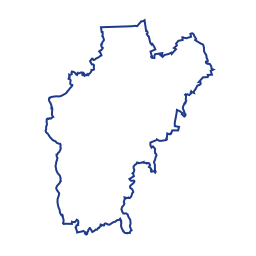 the district of Majagual, Sucre, Colombia, rotated 183°
{"feature_id": "7082276B64459562998455", "entity_name": "Majagual", "entity_type": "district", "adm_level": 2, "iso_a3": "COL", "parent_name": "Colombia", "parent_adm1": "Sucre", "projection": "natural_earth1", "projection_center": [-74.68, 8.557], "detail": "fine", "context": "isolated", "style": "outline", "palette": "blue", "viewbox_px": 256, "rotation_deg": 183, "n_neighbors": 0, "source": "geoboundaries", "source_scale": "gbopen_adm2", "svg_char_len": 5834}
<svg xmlns="http://www.w3.org/2000/svg" viewBox="0 0 256 256"><g transform="rotate(183 128 128)"><path d="M187.9,29.4L187.0,28.7L185.9,29.1L179.3,29.3L179.1,29.3L179.3,30.0L179.0,31.3L178.4,30.8L177.4,31.3L176.1,31.2L174.3,33.7L172.9,32.6L172.6,30.6L173.0,29.9L172.7,28.5L173.9,28.3L174.4,28.0L174.6,26.2L175.1,26.0L173.3,21.6L173.3,21.0L168.4,22.3L167.3,22.9L165.1,21.6L165.0,21.4L165.5,20.5L164.5,19.6L163.9,19.5L163.2,20.1L163.1,22.1L162.4,22.8L162.3,24.1L161.0,26.1L160.6,26.0L158.2,22.3L156.0,23.7L155.1,24.8L153.6,24.8L152.5,26.6L151.7,26.7L151.3,27.6L149.9,28.7L150.4,29.6L150.2,30.2L147.1,29.3L146.7,29.5L146.6,30.7L146.2,31.3L144.9,31.5L142.8,30.5L141.4,30.5L137.7,33.2L136.9,33.6L136.0,33.6L134.1,35.4L132.4,35.5L131.1,37.0L130.2,35.4L130.0,34.0L129.9,34.1L129.7,32.5L129.9,30.7L129.6,29.0L128.3,26.2L127.2,25.0L127.4,24.7L126.0,23.3L125.3,23.1L123.3,22.9L123.3,23.1L121.8,23.3L120.7,23.3L120.6,24.0L120.1,25.3L119.1,26.0L120.7,29.2L121.0,30.2L120.4,32.4L120.9,36.3L123.0,39.4L123.8,41.6L125.4,42.6L126.4,42.6L127.5,42.3L128.2,42.4L129.3,44.1L130.3,46.5L129.7,48.9L128.3,50.6L127.6,52.4L128.4,53.9L127.6,56.7L127.6,57.8L127.8,58.5L126.7,58.3L126.8,57.5L126.4,57.9L125.6,57.8L123.9,58.6L123.5,58.1L122.6,58.1L121.2,59.7L120.3,63.3L119.4,64.1L119.6,65.1L120.6,67.0L121.0,67.4L122.6,68.3L123.0,69.5L122.5,70.6L119.5,73.5L118.9,74.5L118.8,75.2L119.1,75.6L119.7,75.8L122.0,75.4L122.8,75.9L123.9,77.2L119.6,80.2L119.8,80.9L120.2,81.4L120.3,82.4L121.1,83.0L119.9,84.3L119.5,86.5L120.3,88.3L120.4,89.5L120.2,90.1L119.3,91.4L117.7,92.6L117.3,93.9L116.4,94.0L115.6,93.4L113.0,94.0L111.1,94.7L111.3,94.2L109.2,94.1L107.4,93.6L107.3,94.1L105.3,94.0L105.1,93.9L104.0,92.1L105.1,90.2L103.6,89.4L102.4,87.7L102.9,87.3L102.8,86.2L102.4,85.5L100.0,86.3L98.5,84.9L98.1,85.8L98.9,87.4L99.2,92.5L100.3,95.4L99.4,97.5L98.8,100.6L98.1,102.0L98.6,103.5L99.1,104.1L99.4,104.1L99.7,104.8L100.0,106.2L99.8,108.6L102.1,110.9L103.5,109.7L104.7,111.9L104.9,114.6L98.4,117.7L98.4,118.0L95.9,116.8L93.7,117.0L89.1,118.0L88.5,119.0L89.2,119.4L88.6,121.1L88.5,124.6L86.9,124.0L85.5,124.0L85.2,124.9L84.6,124.8L83.7,127.9L77.8,128.2L77.1,131.8L81.3,132.3L81.6,135.5L80.3,145.1L80.1,148.6L77.4,147.6L74.2,145.6L74.9,144.6L72.4,142.4L71.8,142.8L71.3,143.8L71.3,144.7L72.1,145.0L72.5,146.8L74.1,150.2L74.3,151.0L74.1,152.2L73.0,155.4L72.2,156.7L71.9,156.3L71.3,158.5L71.8,159.1L71.7,163.3L72.7,164.2L72.2,164.7L71.2,164.1L70.5,164.8L68.5,164.1L66.9,165.8L67.3,166.8L66.8,168.0L65.9,167.1L64.0,166.5L64.4,167.4L63.1,169.7L62.9,169.7L61.0,173.9L58.9,174.7L58.9,175.0L57.8,175.7L57.9,177.4L58.2,177.8L58.6,178.0L59.5,177.8L55.8,182.5L51.1,183.0L50.6,184.1L51.1,185.2L47.0,185.6L48.4,189.4L45.8,190.8L47.6,191.5L48.2,194.2L49.7,196.2L52.2,196.3L53.1,196.8L53.6,197.4L53.7,198.1L53.5,198.5L51.9,198.6L51.9,199.6L52.7,201.5L53.4,202.5L53.3,203.7L53.9,205.4L54.4,205.8L56.0,208.4L56.4,212.4L57.2,214.8L57.8,215.5L59.5,216.0L65.6,219.3L65.2,220.3L64.7,220.6L66.6,223.3L67.3,224.9L68.5,225.9L69.5,225.8L70.6,225.3L69.8,222.4L74.4,220.7L76.6,221.0L77.7,221.5L78.5,221.4L78.0,218.8L82.3,217.7L84.4,214.7L83.5,213.0L86.3,210.3L84.2,209.2L88.2,204.3L88.6,205.5L91.4,204.0L95.5,202.8L97.1,200.8L99.3,202.4L98.0,202.8L97.7,204.6L104.8,203.1L105.4,201.7L105.3,199.3L107.5,199.3L107.7,200.5L108.5,200.2L108.6,200.7L108.1,201.3L109.5,205.5L104.8,207.9L106.2,210.7L108.0,213.1L108.3,213.4L108.8,212.6L110.2,214.2L111.9,220.0L112.4,220.9L112.9,220.9L114.2,222.9L113.5,223.5L113.5,224.7L114.2,225.9L114.4,226.1L115.0,225.9L117.1,236.5L118.6,235.4L120.4,235.2L124.2,230.2L126.6,230.4L129.6,229.8L160.3,227.2L159.3,222.5L158.4,222.5L158.1,219.3L158.5,218.4L157.7,217.7L156.6,214.7L157.0,213.8L157.9,212.7L158.6,210.2L159.1,210.2L159.2,209.3L158.6,207.7L157.3,206.6L158.7,204.3L159.4,204.2L160.8,203.0L159.2,201.2L158.3,199.1L159.3,198.6L161.3,196.9L163.3,195.9L164.5,194.7L165.6,194.2L166.1,194.1L166.9,195.3L167.6,195.4L169.4,192.8L169.3,192.4L168.7,191.9L168.3,190.8L167.4,189.6L167.1,189.5L166.4,189.8L165.3,189.1L165.2,188.2L165.4,187.1L165.0,184.7L166.3,184.0L167.5,184.1L167.5,183.1L168.2,181.6L168.8,180.7L170.0,179.9L170.4,178.6L170.8,178.6L171.6,179.6L172.4,178.5L173.3,178.5L173.9,178.0L174.5,179.8L175.2,180.4L175.3,179.2L175.1,178.9L175.8,178.8L175.9,178.4L176.1,178.5L175.5,179.7L176.2,179.7L176.0,180.2L176.5,180.1L177.0,181.0L177.9,181.0L179.8,180.0L180.9,179.8L181.5,179.2L181.7,178.3L182.1,178.5L181.1,179.9L181.2,180.2L182.4,178.9L184.5,180.9L186.9,181.5L187.3,180.7L187.0,178.7L189.0,177.8L189.5,178.1L189.4,176.4L188.9,176.0L189.0,175.4L189.8,174.7L189.9,174.0L188.6,173.6L188.1,173.2L187.8,172.6L188.1,169.5L187.8,168.8L187.0,168.2L185.9,168.1L185.8,167.9L186.4,166.6L188.3,164.3L190.1,161.6L190.5,161.5L190.7,160.7L191.8,159.4L196.0,156.7L198.4,155.9L201.5,155.9L205.3,155.2L206.9,154.7L207.2,154.1L208.0,154.1L208.3,153.7L208.5,152.4L208.0,150.7L206.4,148.2L205.5,146.0L205.2,144.9L205.6,144.7L205.5,143.7L204.9,144.0L204.6,143.5L204.7,137.8L204.6,137.1L203.4,135.2L204.0,135.1L204.6,134.1L205.5,133.4L206.1,133.3L206.3,133.6L207.3,133.6L207.9,132.8L208.4,132.7L208.9,133.1L209.6,132.5L209.6,129.6L209.3,129.0L209.2,126.6L209.8,125.4L209.7,122.1L210.2,121.1L209.9,120.6L209.7,119.6L207.5,117.7L205.0,114.2L204.2,113.7L203.4,112.7L201.7,111.5L200.9,111.4L199.6,110.8L198.4,109.5L196.2,108.7L194.9,108.7L194.5,107.9L194.4,104.6L194.1,104.3L194.2,103.3L195.4,100.5L196.4,99.6L197.3,97.8L198.0,97.7L197.6,95.4L197.0,94.7L196.9,94.0L197.4,92.2L197.3,91.6L197.8,90.9L198.0,88.3L198.4,86.1L197.7,83.8L197.4,82.1L195.9,79.3L193.6,76.9L192.6,74.1L192.8,73.5L192.4,71.6L192.6,71.6L192.9,71.1L193.1,69.9L195.9,66.3L196.4,65.0L196.5,63.9L195.9,62.5L193.3,59.2L193.5,57.3L194.6,53.3L194.5,49.9L193.6,46.1L192.0,42.6L191.5,39.9L190.0,37.5L189.6,37.2L188.9,37.7L188.5,36.6L188.8,36.4L187.8,33.9L187.4,31.8L187.9,29.4Z" fill="none" stroke="#1e3a8a" stroke-width="2"/></g></svg>